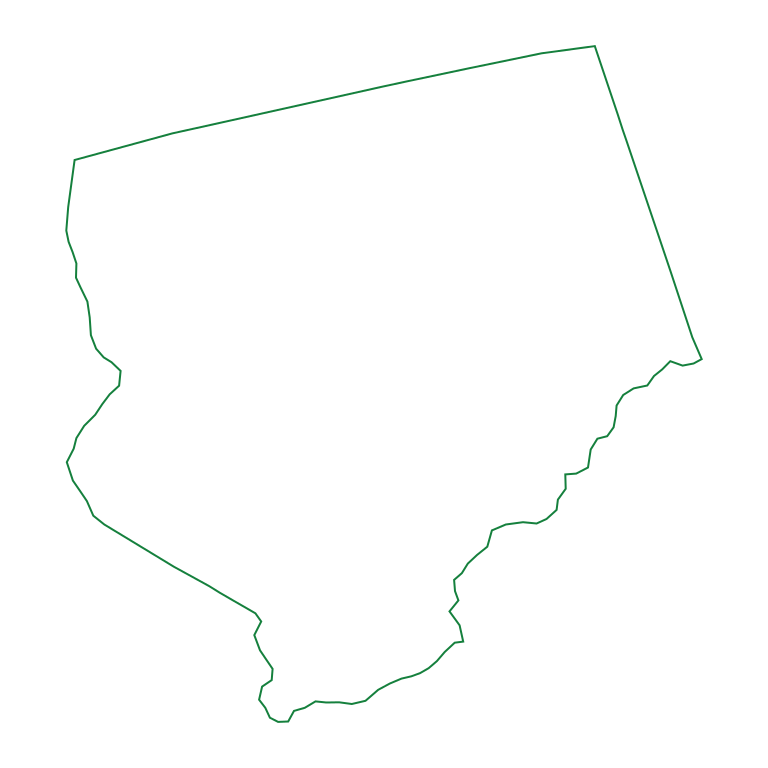 Paty do Alferes, Rio de Janeiro, Brazil
{"feature_id": "56859067B81747840806563", "entity_name": "Paty do Alferes", "entity_type": "district", "adm_level": 2, "iso_a3": "BRA", "parent_name": "Brazil", "parent_adm1": "Rio de Janeiro", "projection": "natural_earth1", "projection_center": [-43.404, -22.378], "detail": "fine", "context": "isolated", "style": "outline", "palette": "green", "viewbox_px": 768, "rotation_deg": 0, "n_neighbors": 0, "source": "geoboundaries", "source_scale": "gbopen_adm2", "svg_char_len": 1456}
<svg xmlns="http://www.w3.org/2000/svg" viewBox="0 0 768 768"><path d="M463.2,641.6L459.6,625.3L449.5,611.4L458.4,600.4L455.0,591.1L454.1,579.9L461.9,573.1L467.8,563.6L477.0,555.0L487.3,546.7L491.9,530.4L505.8,524.5L523.0,522.2L536.6,523.5L546.5,519.0L556.6,509.9L557.9,499.6L565.7,488.8L565.3,474.4L576.2,473.6L588.0,467.5L590.7,449.5L597.4,438.7L607.2,436.2L613.6,427.3L615.7,416.1L616.6,405.5L623.2,395.0L633.6,388.4L647.3,385.5L654.0,376.0L662.2,369.4L670.3,361.2L682.6,365.6L693.6,363.5L701.7,359.1L692.3,337.3L670.9,272.4L658.1,234.4L653.5,220.8L626.4,140.5L622.7,129.8L617.7,114.3L594.8,46.1L541.6,53.3L468.9,68.3L406.8,81.4L381.3,86.9L340.5,96.0L221.1,122.6L172.3,133.4L74.6,160.0L68.2,207.1L66.3,230.6L68.6,241.8L72.6,252.1L76.4,263.5L76.0,277.7L80.5,287.4L87.4,301.6L89.7,317.4L90.9,335.2L96.1,348.7L103.7,357.4L111.5,362.2L120.6,370.9L119.1,385.7L109.7,394.3L102.3,404.1L95.2,414.8L84.2,425.8L76.4,438.1L73.7,448.7L66.8,462.2L72.9,480.6L80.0,490.9L86.9,501.1L93.3,515.7L104.3,524.5L174.0,566.8L209.3,586.2L219.9,592.8L233.0,600.4L255.4,613.3L261.2,621.5L254.3,635.1L260.0,650.3L265.8,658.9L272.6,668.9L271.7,680.1L262.1,686.6L259.1,699.7L265.3,707.8L269.9,717.7L278.1,721.9L288.2,721.5L294.0,710.9L304.8,707.8L315.5,701.4L326.3,702.5L339.1,702.3L351.8,704.0L365.5,700.8L378.2,689.8L389.9,683.5L401.5,678.6L411.4,676.3L420.1,673.1L428.6,668.2L436.9,661.1L444.7,652.0L454.7,642.7L463.2,641.6Z" fill="none" stroke="#15803d" stroke-width="2"/></svg>